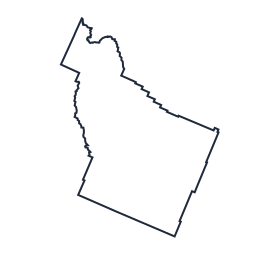 the district of Fremont, Wyoming, United States of America, rotated 24°
{"feature_id": "52423323B51643539353926", "entity_name": "Fremont", "entity_type": "district", "adm_level": 2, "iso_a3": "USA", "parent_name": "United States of America", "parent_adm1": "Wyoming", "projection": "albers", "projection_center": [-109.435, 43.135], "detail": "fine", "context": "isolated", "style": "outline", "palette": "slate", "viewbox_px": 256, "rotation_deg": 24, "n_neighbors": 0, "source": "geoboundaries", "source_scale": "gbopen_adm2", "svg_char_len": 2237}
<svg xmlns="http://www.w3.org/2000/svg" viewBox="0 0 256 256"><g transform="rotate(24 128 128)"><path d="M211.2,92.6L207.2,92.6L207.2,95.4L169.2,96.2L169.3,97.2L168.2,97.3L157.0,97.4L157.0,96.1L148.9,96.2L148.9,93.5L140.8,93.5L140.8,90.8L132.7,90.9L132.7,86.9L124.6,86.9L124.6,84.2L116.5,84.3L116.5,82.9L100.5,82.9L100.5,75.5L98.8,74.4L96.2,69.5L94.3,68.6L93.5,66.4L91.1,65.6L90.9,64.9L90.3,63.0L89.4,62.3L87.3,62.2L86.4,58.4L85.1,58.3L84.1,56.0L82.8,55.5L82.2,54.0L80.2,53.8L79.9,52.3L77.5,53.2L76.0,51.7L74.3,51.7L73.3,52.7L72.4,53.2L72.1,52.7L71.0,53.7L70.0,54.3L68.0,56.6L67.3,58.7L66.8,59.6L66.9,60.5L67.1,61.5L66.7,62.0L65.9,62.0L65.0,62.4L64.2,62.8L63.5,62.8L62.7,63.1L61.9,63.6L61.4,64.2L61.0,64.5L60.8,64.4L60.5,64.4L60.4,64.5L59.9,64.9L59.4,65.2L59.2,65.6L58.7,65.7L58.3,65.6L57.7,65.3L57.2,64.9L56.9,64.7L56.6,64.6L56.3,64.4L56.3,64.1L56.1,63.9L55.9,64.0L55.3,64.3L54.7,63.8L54.4,63.1L54.6,62.7L54.3,62.1L54.5,61.5L54.9,61.1L55.5,61.0L56.1,60.9L56.7,60.7L56.9,60.5L57.0,60.2L56.9,60.1L56.3,59.9L56.1,59.5L56.2,59.1L56.5,59.0L56.5,58.0L56.1,57.7L55.0,56.8L54.7,56.2L54.8,55.4L54.7,54.7L54.2,54.4L53.6,54.2L53.6,53.2L54.3,52.4L54.3,51.6L53.5,51.7L52.8,52.1L50.2,52.4L48.3,51.2L46.1,51.6L45.0,52.0L44.7,51.6L44.6,51.3L44.7,51.1L44.7,50.8L44.7,50.6L44.5,50.4L44.3,50.5L43.9,50.4L43.7,50.4L43.5,49.9L43.5,49.6L43.5,49.3L43.3,49.1L43.2,48.9L43.2,48.7L42.9,48.2L42.7,47.9L42.6,47.7L42.5,47.1L41.5,46.6L41.2,46.6L41.1,64.1L41.2,64.7L40.9,97.3L61.0,97.5L61.0,100.6L61.0,106.6L62.5,106.6L64.2,105.8L65.1,106.6L64.8,109.9L66.6,111.8L65.7,114.5L66.1,115.1L65.2,116.0L66.3,117.6L66.7,119.4L66.3,120.7L67.4,121.8L68.0,125.2L69.4,125.5L70.1,129.1L72.0,130.0L74.1,133.0L74.7,135.2L73.8,136.1L74.6,137.8L74.7,139.6L78.1,139.8L78.8,141.2L80.5,141.5L81.4,143.6L82.9,143.8L84.3,144.9L85.2,146.5L87.1,145.8L88.7,148.2L89.7,150.5L90.0,152.6L90.9,154.2L93.1,155.0L94.1,157.2L95.6,158.9L98.1,160.0L96.9,160.5L96.3,162.3L97.1,163.0L99.1,162.4L100.2,164.0L103.4,165.2L102.4,166.2L103.7,168.0L103.3,169.3L107.5,169.3L107.9,193.6L109.6,193.6L109.7,209.4L151.3,209.1L214.7,208.1L214.3,192.1L213.0,192.1L212.2,159.7L215.1,159.6L214.8,151.5L214.2,127.3L213.3,127.4L212.5,95.2L211.3,95.2L211.2,92.6Z" fill="none" stroke="#1e293b" stroke-width="2"/></g></svg>